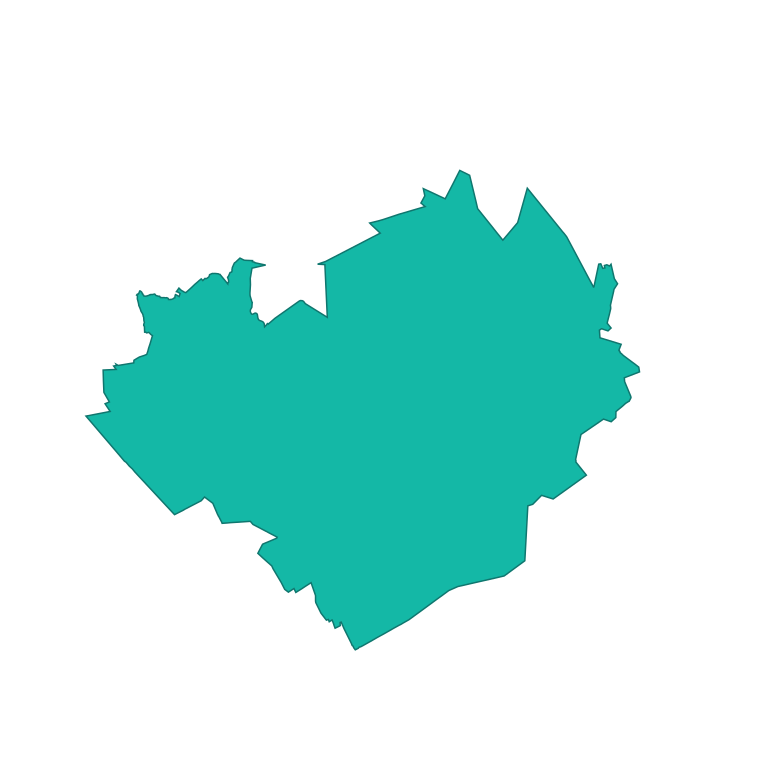 outline of Trincheras, Sonora, Mexico, rotated 231°
{"feature_id": "50627088B52969671288629", "entity_name": "Trincheras", "entity_type": "district", "adm_level": 2, "iso_a3": "MEX", "parent_name": "Mexico", "parent_adm1": "Sonora", "projection": "orthographic", "projection_center": [-111.475, 30.291], "detail": "fine", "context": "isolated", "style": "filled", "palette": "teal", "viewbox_px": 768, "rotation_deg": 231, "n_neighbors": 0, "source": "geoboundaries", "source_scale": "gbopen_adm2", "svg_char_len": 6015}
<svg xmlns="http://www.w3.org/2000/svg" viewBox="0 0 768 768"><g transform="rotate(231 384 384)"><path d="M492.3,581.9L502.3,577.3L496.4,564.1L489.4,548.1L511.1,537.5L504.5,534.1L501.4,526.6L496.0,527.6L506.4,502.7L512.3,487.0L514.1,482.7L518.1,474.2L515.8,474.4L503.6,476.0L516.0,415.7L518.9,407.8L514.0,413.2L471.5,381.9L496.0,373.4L498.9,373.5L500.2,372.9L501.5,371.5L501.8,370.3L503.7,340.6L503.4,331.8L504.2,331.7L504.3,331.3L504.1,330.5L503.9,330.2L503.6,327.2L505.6,328.5L506.2,328.8L507.0,329.0L508.0,329.1L508.4,329.0L509.1,328.8L510.1,328.3L511.3,327.5L512.1,327.2L512.4,327.1L513.0,327.1L513.5,327.1L513.9,327.3L514.8,327.6L517.5,329.2L518.0,329.4L518.5,329.4L518.9,329.4L519.3,329.2L519.7,329.0L520.2,328.5L520.3,328.3L520.8,326.1L521.1,325.6L521.3,325.4L521.8,325.1L522.0,325.1L522.8,325.2L524.2,325.6L524.7,325.9L525.5,326.6L525.9,327.3L526.5,328.9L526.8,329.6L529.8,332.4L530.2,332.9L531.2,333.1L536.0,335.1L537.1,335.6L539.0,337.0L545.2,342.7L550.2,346.5L557.1,354.3L550.9,366.9L559.5,360.0L560.0,360.1L561.9,358.7L562.6,359.5L567.2,354.3L568.3,353.2L572.5,351.3L572.2,346.8L572.1,346.2L572.1,344.7L572.2,344.3L572.1,343.6L571.8,343.2L571.6,342.5L571.2,341.9L570.3,340.1L570.0,339.5L569.3,338.7L569.0,338.4L568.6,337.9L568.2,337.5L567.7,337.3L566.9,336.0L567.4,334.9L567.5,334.5L566.0,331.6L565.6,330.7L565.4,329.6L564.0,329.1L562.9,328.7L562.3,328.4L561.7,327.9L561.1,327.5L560.8,327.0L560.8,326.7L561.0,326.6L561.0,326.3L560.2,325.6L572.4,325.5L572.6,325.1L573.0,325.0L574.0,324.5L576.3,322.2L576.9,321.4L577.1,321.1L577.4,320.7L577.6,320.6L578.0,320.0L578.6,317.9L578.6,317.7L578.7,317.2L578.4,316.9L578.0,316.2L577.5,315.5L577.5,314.3L577.5,313.3L577.8,312.0L578.2,311.6L578.7,311.4L578.4,308.3L580.7,308.1L580.7,305.2L580.6,303.7L580.5,299.7L580.2,296.1L580.0,293.2L579.7,287.5L580.4,287.1L580.8,286.7L582.6,286.1L583.8,285.6L584.9,285.3L587.6,285.0L586.4,280.8L585.4,281.5L584.1,282.0L583.2,282.3L582.6,282.5L580.9,279.8L583.4,278.9L584.7,278.2L584.3,277.5L583.0,276.0L582.6,275.7L583.0,274.9L583.0,274.6L583.0,273.4L583.5,272.1L584.0,271.2L584.3,271.1L584.4,270.7L585.3,269.7L585.7,270.0L586.3,270.1L586.5,270.1L586.9,270.0L587.5,269.6L587.9,269.4L588.0,269.1L588.6,268.3L589.2,267.8L589.7,267.3L590.4,266.3L591.0,265.7L592.0,264.6L593.2,264.9L593.4,264.8L593.6,264.7L593.8,264.3L594.1,263.9L594.6,263.7L595.0,263.3L595.4,263.1L596.3,262.5L596.6,262.4L597.1,262.4L597.5,262.5L597.9,262.5L598.3,262.3L599.4,260.1L599.9,259.6L600.5,258.8L600.6,258.5L600.7,258.3L600.5,258.1L601.0,256.9L601.3,256.0L601.6,255.3L602.1,254.2L602.9,253.3L603.5,252.8L604.3,253.1L604.7,252.9L606.1,253.0L606.2,253.3L607.4,253.3L608.0,253.5L609.5,253.2L610.0,252.9L610.0,252.6L609.8,252.2L609.4,251.8L608.5,249.7L608.8,249.4L609.0,249.1L609.0,248.6L608.9,248.5L608.9,248.2L608.7,248.1L608.7,247.7L608.3,247.8L607.8,247.9L607.1,247.4L606.6,246.9L605.3,245.8L604.5,245.5L603.0,244.8L601.7,244.2L599.8,243.2L599.6,243.0L599.1,242.8L597.3,242.3L595.6,241.8L594.1,241.2L593.6,241.1L593.4,240.9L592.3,240.8L590.7,240.6L589.7,240.3L588.8,239.9L588.4,239.6L587.1,239.2L584.2,237.2L582.7,236.6L582.2,235.9L581.6,234.9L581.2,234.5L580.7,234.1L580.3,234.0L579.9,234.1L579.4,234.0L579.0,233.7L578.7,233.4L574.9,230.6L574.2,231.5L573.3,231.6L573.1,231.7L572.1,233.7L571.0,233.9L569.6,233.9L568.3,234.2L567.3,234.5L562.6,227.7L559.9,223.5L558.1,221.1L556.3,218.2L557.1,215.6L558.9,210.9L559.4,207.7L559.8,204.6L557.9,202.8L565.7,189.1L568.0,188.2L566.7,187.9L568.1,185.2L563.9,185.0L571.6,174.5L562.7,167.7L554.1,161.3L553.6,161.0L542.9,159.3L544.2,154.8L535.0,153.9L538.2,147.9L546.6,132.2L497.1,133.5L487.4,133.7L485.5,134.3L480.3,134.4L476.4,135.0L475.7,135.0L475.2,135.0L474.7,135.0L472.5,135.0L414.3,139.0L412.2,148.8L412.1,149.4L412.2,149.5L408.3,168.5L409.1,173.4L399.0,175.9L387.1,172.5L386.1,172.4L385.8,172.2L385.6,172.3L379.2,171.0L378.4,170.8L377.6,170.5L374.4,175.1L373.1,177.1L368.2,184.0L361.8,193.1L361.3,193.7L357.3,193.8L338.0,202.1L336.0,203.0L332.2,204.6L331.7,203.6L334.4,194.1L335.5,190.4L335.9,188.8L334.2,184.9L333.3,182.8L331.8,179.4L324.8,180.4L313.2,182.3L310.2,181.5L294.4,179.2L286.9,177.6L282.4,178.7L281.7,185.3L277.5,184.3L276.6,191.6L276.3,195.0L275.5,202.3L264.1,198.2L262.6,197.6L258.4,194.2L257.0,193.4L245.5,190.8L245.2,190.8L237.3,190.6L237.1,190.8L236.7,190.7L236.0,192.6L233.7,191.8L233.3,195.1L232.1,194.8L229.1,193.8L228.5,193.5L225.0,192.3L224.5,194.4L224.1,196.2L223.8,197.6L223.8,198.1L224.7,198.6L225.9,199.5L226.3,199.8L225.9,200.9L218.7,198.9L203.4,195.5L200.8,194.7L199.6,195.0L198.2,194.5L195.5,194.4L194.8,197.7L195.1,199.2L194.5,200.3L194.4,200.7L194.2,201.7L194.0,202.7L192.1,213.8L192.0,214.6L191.7,216.4L191.3,219.0L189.6,228.5L188.1,237.8L186.9,244.5L186.6,245.6L186.2,248.5L185.5,252.7L185.1,255.1L184.8,261.3L184.7,263.3L184.5,267.0L183.4,290.5L183.0,297.7L182.7,304.4L180.1,314.0L177.6,319.0L174.2,326.0L162.3,350.2L159.2,356.6L158.0,382.2L191.4,412.4L198.8,419.1L196.9,423.9L198.3,436.4L188.2,443.1L185.8,483.9L202.6,484.0L203.2,484.6L203.9,485.1L204.2,485.2L204.5,485.2L204.9,485.6L220.8,505.3L218.6,532.5L211.7,536.8L212.0,543.0L216.6,546.9L216.7,555.9L216.9,559.6L216.5,563.0L216.3,563.7L217.9,567.3L219.1,568.0L234.4,572.5L237.6,574.7L232.6,590.2L236.8,592.6L241.2,591.6L245.0,590.6L255.3,588.0L257.1,587.7L257.7,587.7L258.3,587.7L259.0,587.3L259.9,587.3L260.2,587.6L260.7,587.7L261.0,587.8L261.3,587.6L262.0,587.9L262.4,587.8L265.6,593.3L284.0,580.9L290.3,585.3L290.0,587.9L284.3,591.5L284.6,595.7L290.8,595.7L291.8,596.9L296.4,603.1L299.8,607.5L300.8,608.3L302.0,609.1L302.3,609.3L302.6,609.4L311.6,620.9L312.8,622.2L314.9,628.6L320.9,629.3L334.2,635.8L333.7,633.6L336.4,632.2L337.4,629.8L335.2,628.7L336.2,626.8L341.0,628.1L342.0,626.3L328.2,609.3L327.4,608.3L327.5,608.1L327.3,607.9L327.2,607.8L326.9,607.7L336.6,609.5L378.2,617.6L383.4,618.6L387.8,618.7L389.8,618.6L446.0,618.6L439.6,609.6L425.3,589.4L421.0,566.9L422.1,566.9L431.8,566.9L438.7,567.0L442.3,567.0L461.3,567.1L468.3,570.5L492.3,581.9Z" fill="#14b8a6" stroke="#0f766e" stroke-width="1.5"/></g></svg>